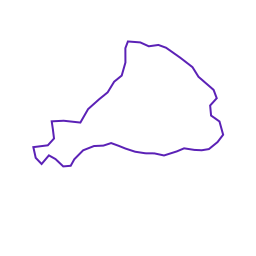 Mitsero, Nicosia, Cyprus, rotated 231°
{"feature_id": "46923920B44917780052116", "entity_name": "Mitsero", "entity_type": "district", "adm_level": 2, "iso_a3": "CYP", "parent_name": "Cyprus", "parent_adm1": "Nicosia", "projection": "robinson", "projection_center": [33.124, 35.045], "detail": "fine", "context": "isolated", "style": "outline", "palette": "violet", "viewbox_px": 256, "rotation_deg": 231, "n_neighbors": 0, "source": "geoboundaries", "source_scale": "gbopen_adm2", "svg_char_len": 759}
<svg xmlns="http://www.w3.org/2000/svg" viewBox="0 0 256 256"><g transform="rotate(231 128 128)"><path d="M191.7,176.2L180.5,167.2L172.7,156.1L172.7,146.4L168.5,134.6L168.5,123.5L167.8,108.9L162.2,94.4L174.1,82.6L181.2,72.9L174.1,68.7L166.4,63.9L165.0,54.8L172.7,42.4L162.9,37.5L154.4,38.2L156.5,49.3L149.5,52.1L138.9,53.5L134.7,59.7L137.5,66.6L138.9,79.1L135.4,90.2L129.8,97.8L126.9,105.4L119.9,109.6L113.6,113.1L105.1,118.6L97.4,125.6L91.7,132.5L84.0,138.7L79.1,151.2L76.9,158.8L69.2,165.8L64.3,171.3L60.7,177.6L60.7,188.7L62.9,197.7L75.5,203.2L85.4,200.4L93.8,206.0L95.3,215.7L103.7,218.5L123.4,215.0L134.7,216.4L149.5,212.9L166.4,208.1L173.4,203.9L178.4,195.6L186.8,191.4L195.3,182.4L191.7,176.2Z" fill="none" stroke="#5b21b6" stroke-width="2"/></g></svg>